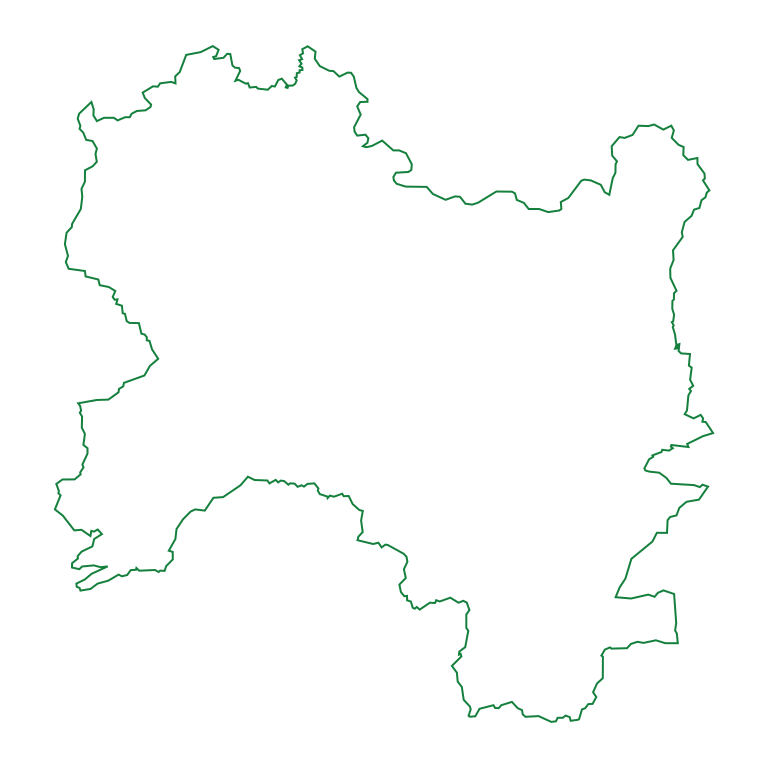 Villa Guerrero, Jalisco, Mexico (Albers equal-area conic projection)
{"feature_id": "50627088B81366253066727", "entity_name": "Villa Guerrero", "entity_type": "district", "adm_level": 2, "iso_a3": "MEX", "parent_name": "Mexico", "parent_adm1": "Jalisco", "projection": "albers", "projection_center": [-103.71, 22.019], "detail": "fine", "context": "isolated", "style": "outline", "palette": "green", "viewbox_px": 768, "rotation_deg": 0, "n_neighbors": 0, "source": "geoboundaries", "source_scale": "gbopen_adm2", "svg_char_len": 5980}
<svg xmlns="http://www.w3.org/2000/svg" viewBox="0 0 768 768"><path d="M399.4,584.6L400.9,592.0L404.3,596.2L407.0,595.9L407.1,600.3L410.9,601.6L412.7,607.7L414.7,608.7L416.8,607.0L419.7,609.6L429.9,602.7L435.1,603.0L436.2,600.2L439.7,601.5L450.3,597.7L458.5,602.7L463.3,600.8L466.8,602.6L469.4,610.1L466.3,614.5L466.3,627.9L468.3,630.8L465.2,647.2L459.3,651.5L459.0,654.6L460.6,653.8L461.4,656.4L451.9,665.9L456.9,672.7L457.7,681.6L461.8,686.9L463.7,699.8L469.9,706.5L470.7,709.3L468.6,715.8L469.8,716.7L475.3,716.3L479.5,708.8L493.5,705.2L495.1,708.0L498.8,708.1L501.3,705.2L511.9,701.9L517.7,708.2L522.0,710.1L522.7,714.3L525.4,716.8L538.6,716.1L551.3,721.9L556.0,721.3L557.6,717.8L562.7,717.8L565.6,715.6L569.7,717.1L570.7,720.8L577.7,719.8L579.0,719.3L582.0,709.4L585.1,708.3L588.3,704.1L592.6,703.9L596.3,697.0L593.1,692.2L597.0,683.5L602.8,678.2L602.9,656.7L601.4,655.6L604.9,649.6L610.0,647.4L611.4,648.6L627.0,648.2L631.0,643.9L637.5,641.8L643.5,642.9L655.9,640.3L665.3,643.2L677.8,643.2L676.8,633.4L675.1,630.5L676.2,623.1L674.1,594.0L663.5,590.4L657.9,592.8L654.6,596.8L648.3,594.6L631.1,598.5L615.6,597.2L619.6,587.5L625.4,578.6L631.4,558.8L652.4,541.6L656.9,532.8L667.0,532.9L667.6,520.2L670.1,517.0L676.5,515.4L679.3,507.9L686.5,501.8L699.0,499.6L708.0,486.6L702.5,484.7L699.8,487.1L694.1,485.1L670.9,483.7L666.5,478.0L659.2,472.7L649.2,471.6L645.3,470.4L644.4,468.4L649.1,459.3L653.2,456.8L652.4,455.4L661.5,452.0L662.2,449.8L669.0,450.6L672.8,448.2L670.8,446.5L671.4,445.0L688.4,447.0L687.2,443.9L703.1,436.1L713.1,433.1L705.7,422.0L702.4,421.7L703.1,418.4L700.7,414.9L693.6,418.4L684.7,414.2L687.0,410.4L688.4,395.3L691.0,391.0L689.2,388.9L693.2,385.8L690.1,379.7L691.7,367.7L688.9,365.6L690.0,354.0L681.1,353.4L678.6,351.0L679.4,344.1L677.7,344.7L677.3,348.4L675.1,348.7L676.4,345.4L675.0,334.3L672.8,327.1L673.7,325.4L671.8,322.1L673.2,321.3L674.1,314.6L672.3,308.9L672.4,301.0L673.9,299.5L674.0,293.2L676.5,290.8L670.4,277.8L670.2,268.6L673.6,260.0L673.0,250.3L682.7,236.9L681.8,232.3L684.6,221.9L691.5,215.9L694.1,209.6L699.4,208.0L701.5,200.2L705.4,197.4L706.8,192.6L709.4,190.4L703.0,180.4L704.8,178.5L704.5,173.6L697.5,164.1L697.4,158.0L688.0,159.9L683.3,155.2L683.6,147.0L678.5,144.8L671.7,137.8L673.9,130.5L671.3,125.7L663.3,129.6L654.1,124.5L648.3,126.1L638.5,125.7L632.6,134.9L624.7,137.9L619.5,137.1L611.7,146.2L612.2,155.6L617.0,161.4L615.6,164.2L615.4,172.9L612.8,177.9L609.3,194.8L604.7,192.2L600.8,184.8L590.8,180.4L584.2,179.6L581.2,180.8L568.3,198.0L560.8,202.0L561.4,209.0L559.2,210.5L548.3,212.1L539.1,209.0L528.7,209.0L523.9,202.9L516.8,199.9L515.0,193.4L512.0,191.7L496.4,191.5L478.1,202.7L472.2,204.6L465.4,203.7L460.0,196.8L455.1,196.4L445.6,199.8L432.9,194.0L426.7,186.9L405.7,186.6L396.7,183.8L393.9,180.5L393.4,176.9L396.0,172.7L408.3,172.0L411.3,170.0L411.8,164.3L406.0,153.2L399.1,150.4L393.3,150.4L382.2,140.6L371.8,146.0L366.2,147.2L362.9,146.2L367.4,142.8L368.4,138.3L365.5,134.7L357.2,135.6L354.6,131.7L354.1,127.2L360.7,114.6L357.2,106.4L360.2,102.0L367.5,101.8L367.5,99.1L358.9,92.0L356.4,87.8L353.8,76.7L351.1,72.8L347.6,72.6L339.3,76.6L333.5,71.1L329.3,70.8L319.8,66.1L314.8,58.8L315.5,51.6L307.7,46.3L302.3,49.2L303.0,53.3L299.9,55.2L302.1,59.2L299.1,60.2L301.5,63.7L299.4,66.3L302.3,67.5L302.5,69.9L299.6,70.3L299.6,72.5L296.8,73.2L296.7,76.9L295.0,77.7L296.7,80.3L295.2,83.8L292.7,85.6L288.4,85.6L287.6,87.9L285.7,87.4L286.9,84.6L281.8,78.7L278.3,80.0L274.9,86.5L271.8,86.0L267.8,89.7L257.8,88.6L256.2,86.9L249.7,87.5L247.9,83.1L245.9,83.7L238.4,79.8L235.4,80.8L240.2,70.9L239.1,68.1L234.8,67.6L232.4,65.4L230.3,54.1L227.2,53.8L223.5,57.8L214.2,59.0L213.2,57.0L216.1,56.2L218.6,49.8L212.8,46.1L200.7,52.1L186.2,54.9L179.7,72.1L175.2,76.4L175.5,83.4L171.2,81.9L160.2,83.3L157.8,86.7L153.1,86.3L142.7,92.6L144.8,98.0L151.1,104.6L150.5,107.0L145.6,110.3L136.8,111.0L131.5,113.8L129.8,117.2L125.2,117.2L117.6,120.4L113.9,117.8L104.0,117.8L96.9,121.1L93.4,115.4L93.7,109.3L91.4,102.0L79.1,113.7L77.7,118.7L80.4,125.8L79.6,128.9L83.2,132.5L86.2,139.9L92.5,141.0L96.9,148.6L95.5,153.9L96.8,161.8L92.6,166.3L85.0,170.3L84.9,181.7L81.5,188.9L82.3,196.7L80.8,209.0L72.1,223.9L71.8,227.1L66.6,232.7L64.9,244.2L68.0,255.9L65.8,262.1L68.7,268.8L84.9,271.0L85.6,276.4L98.3,279.5L99.8,285.2L108.8,287.0L115.3,291.0L112.7,297.0L114.6,299.7L117.5,299.4L116.2,303.9L121.9,305.7L122.7,313.2L125.0,313.9L126.7,321.1L129.4,322.9L138.9,323.1L141.4,333.7L144.6,334.5L146.8,337.2L146.8,340.3L149.5,340.9L152.1,349.5L158.2,358.8L150.0,365.8L144.4,375.5L124.0,382.8L123.2,386.4L119.0,388.9L118.5,392.3L108.4,399.6L96.6,400.0L78.2,403.3L80.1,405.8L81.1,410.7L79.8,412.7L82.1,416.6L81.8,427.7L84.9,433.9L83.4,444.9L87.5,448.2L87.5,453.6L82.4,464.5L83.5,467.4L80.2,472.4L80.6,474.4L74.6,479.4L62.4,479.5L56.3,484.0L58.9,491.0L58.4,493.2L60.6,495.3L54.9,509.4L62.9,515.7L74.3,530.4L81.5,529.8L90.4,536.0L91.3,530.9L94.0,531.6L97.7,529.5L101.9,534.1L94.2,539.0L92.4,546.4L81.6,551.6L77.6,556.2L78.0,558.5L72.1,563.1L72.0,567.5L79.3,569.2L82.1,566.5L93.8,565.4L100.6,567.2L107.7,566.4L91.6,573.8L84.8,579.5L76.4,583.6L76.7,586.7L79.6,588.0L80.5,590.6L90.6,588.9L97.6,583.6L108.2,580.7L118.6,574.6L122.0,576.3L127.2,575.0L130.7,570.1L136.0,569.8L136.4,568.0L139.2,570.7L155.0,570.0L158.6,572.0L160.2,570.6L164.6,570.9L166.2,566.1L172.8,559.4L172.7,551.9L168.8,550.7L175.4,539.0L176.5,529.1L182.9,519.4L190.7,511.5L195.2,509.4L204.8,510.6L213.4,497.8L223.1,497.1L240.6,485.2L247.9,476.7L254.6,480.0L267.4,480.5L269.4,483.4L275.7,479.9L278.2,482.4L280.7,480.6L284.0,481.0L288.4,484.7L290.3,483.3L294.7,483.7L297.6,486.8L301.6,485.3L304.0,486.6L307.5,483.9L314.4,483.4L318.4,488.4L317.8,490.6L319.8,494.1L327.5,496.6L327.7,498.0L329.9,495.6L334.0,496.7L342.2,493.7L343.7,496.2L348.7,496.0L352.7,504.1L359.3,510.0L362.8,510.9L361.1,520.5L362.7,532.0L358.4,536.7L357.5,540.2L373.2,544.0L378.4,542.7L381.6,547.4L385.4,544.6L387.8,545.0L403.6,553.7L406.5,556.8L407.4,561.8L403.9,569.2L405.8,578.0L399.4,584.6Z" fill="none" stroke="#15803d" stroke-width="2"/></svg>